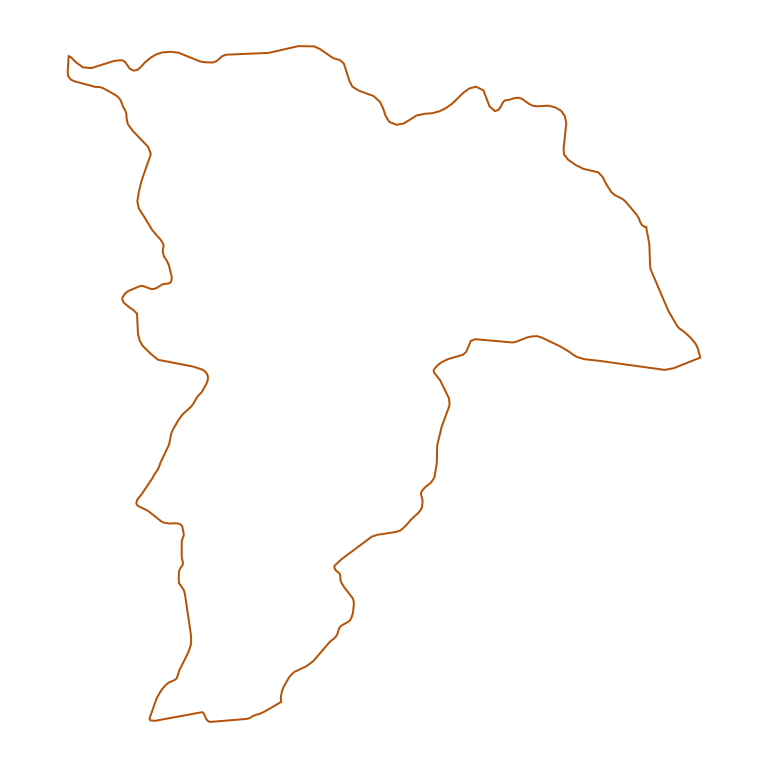 an SVG outline of Balkh
{"feature_id": "AFG-1744", "entity_name": "Balkh", "entity_type": "Province", "adm_level": 1, "iso_a3": "AFG", "parent_name": "Afghanistan", "parent_adm1": "", "projection": "robinson", "projection_center": [66.961, 36.526], "detail": "fine", "context": "isolated", "style": "outline", "palette": "amber", "viewbox_px": 768, "rotation_deg": 0, "n_neighbors": 0, "source": "natural_earth", "source_scale": "10m", "svg_char_len": 4447}
<svg xmlns="http://www.w3.org/2000/svg" viewBox="0 0 768 768"><path d="M566.3,123.3L563.6,148.5L564.0,154.4L568.0,159.6L575.4,164.9L583.5,168.9L598.2,172.3L602.8,177.2L606.2,184.1L611.4,192.2L615.0,195.2L622.7,199.1L625.6,201.6L636.8,215.0L638.8,218.3L640.1,221.7L641.7,224.8L644.7,226.9L646.2,226.9L646.2,227.5L649.3,243.8L650.1,266.3L650.7,269.6L668.5,311.2L677.3,326.2L679.3,328.4L684.6,332.2L691.1,338.2L695.7,344.0L697.8,348.3L700.3,357.6L674.0,368.1L664.7,369.9L599.7,360.9L583.9,359.1L576.4,356.7L572.1,354.0L570.2,352.4L560.0,346.3L541.4,337.4L536.8,336.1L531.5,336.5L526.6,337.6L517.2,341.4L512.7,342.5L475.5,339.2L470.8,340.8L466.3,351.7L462.9,354.8L448.0,359.1L441.4,362.3L438.2,364.8L435.3,367.7L434.3,369.2L433.7,370.2L433.7,371.2L433.9,372.1L434.5,373.1L440.2,380.4L448.9,398.2L449.3,401.2L449.5,405.5L441.8,426.3L437.2,445.2L436.8,462.9L434.5,477.2L433.0,479.7L430.7,482.9L425.5,486.9L422.6,490.0L421.3,492.3L420.9,494.2L421.2,495.5L421.8,497.3L422.5,500.0L422.5,502.6L421.8,507.8L420.2,510.7L418.0,513.2L411.2,519.4L405.7,525.8L402.5,528.8L399.9,530.7L395.2,532.1L377.9,534.7L371.8,536.6L341.0,559.6L334.4,565.9L334.4,566.6L334.4,567.4L334.8,568.7L335.5,569.9L336.7,571.2L338.7,572.8L339.5,573.5L340.0,574.6L340.3,576.1L340.5,580.3L340.7,581.1L341.9,583.6L344.0,587.0L353.0,598.6L353.7,601.5L353.8,605.1L353.0,612.7L351.6,617.2L349.9,620.5L347.8,622.1L342.5,624.9L339.9,627.0L338.6,629.7L337.5,633.8L336.0,636.4L334.3,638.3L330.2,641.4L325.8,646.5L313.3,661.1L306.4,666.2L294.2,672.0L291.2,674.8L288.8,677.7L283.4,687.4L282.0,691.0L281.3,694.4L280.8,697.6L281.2,701.9L264.9,711.4L259.7,713.8L255.0,715.1L252.2,716.5L249.6,718.1L246.7,718.9L210.8,721.9L208.9,721.6L207.1,720.2L206.1,718.7L204.5,715.0L204.0,714.0L203.4,713.2L202.9,712.6L202.5,712.3L202.0,712.2L155.2,720.8L150.3,720.4L149.5,718.5L156.7,698.2L160.2,692.0L162.0,689.3L165.1,685.7L167.9,683.2L169.4,682.2L174.1,680.3L175.3,679.5L176.2,678.7L176.8,678.0L177.1,677.2L179.5,670.0L188.4,652.1L190.8,645.1L191.2,640.0L190.7,633.2L184.9,594.0L183.8,590.0L178.9,583.0L178.7,577.7L178.9,572.9L179.2,571.2L179.6,569.5L180.1,568.5L182.3,565.5L182.7,564.6L182.9,563.5L182.9,562.3L182.0,558.8L181.7,556.5L181.7,541.4L182.3,539.3L183.5,536.1L183.7,534.4L183.5,532.4L182.3,526.7L181.4,525.2L179.8,524.0L176.5,523.3L168.6,523.5L163.4,522.5L161.3,521.4L147.8,510.7L137.8,505.8L136.6,504.1L136.3,502.8L137.0,500.7L137.6,499.2L141.8,494.0L152.6,477.9L154.4,474.5L158.0,469.1L158.8,467.4L160.6,462.4L168.4,446.0L169.4,443.0L171.0,434.6L171.7,432.4L172.4,430.6L178.2,420.4L181.8,415.4L183.4,413.6L191.1,406.7L193.3,403.7L197.1,397.1L198.4,395.5L201.3,392.6L202.5,390.9L206.6,383.3L207.3,381.6L207.9,379.1L207.9,377.8L207.8,376.2L207.0,374.0L205.8,372.3L204.4,371.0L202.8,369.8L193.3,366.6L158.1,359.8L150.4,353.5L142.6,345.8L139.7,340.5L138.0,334.4L137.0,313.6L132.8,309.6L129.8,307.7L124.0,302.9L122.4,300.2L122.4,297.5L125.2,293.4L128.3,291.0L139.5,286.3L140.8,286.0L142.4,286.0L143.9,286.3L150.7,288.9L152.4,289.1L154.5,288.8L156.6,288.0L162.1,284.5L163.6,284.1L168.8,283.4L170.4,282.7L171.4,280.6L171.8,277.1L168.9,265.3L167.2,261.4L164.0,256.6L162.9,252.4L162.7,249.6L163.2,248.0L163.5,246.6L163.5,244.9L162.4,242.5L160.4,239.5L152.5,230.5L143.7,216.1L138.8,208.3L137.3,201.4L138.8,192.0L141.5,180.9L148.3,161.3L149.0,159.7L149.3,158.9L150.3,155.7L150.7,153.4L147.9,146.6L132.7,130.8L128.3,124.8L127.6,123.5L126.5,117.6L126.4,114.5L126.1,112.9L125.5,111.1L124.7,109.4L123.2,107.1L121.9,103.4L120.1,99.4L117.7,96.8L114.6,94.5L103.1,88.2L100.2,87.1L95.3,86.9L75.1,81.5L71.6,80.0L70.8,79.4L70.0,78.6L68.9,77.2L68.1,75.9L67.8,73.4L67.7,71.3L68.5,58.8L68.7,56.1L70.9,57.2L76.3,62.6L82.8,67.3L91.3,68.1L113.8,61.0L121.5,60.1L124.8,61.6L129.7,68.6L133.7,70.6L137.1,70.0L139.9,67.9L144.9,62.5L150.6,57.7L156.1,54.4L162.4,52.4L170.7,51.8L178.5,52.7L200.0,61.4L204.0,62.2L212.8,62.5L216.3,61.3L222.7,55.9L226.1,54.7L268.6,52.9L298.5,46.1L314.2,46.4L320.1,49.1L333.1,58.1L339.9,60.1L343.9,63.6L349.3,80.7L352.4,86.7L359.0,90.7L373.4,96.0L380.0,101.8L383.2,108.6L385.6,115.9L389.3,121.9L396.6,124.8L403.9,123.4L416.3,115.6L424.6,113.8L432.5,113.2L439.6,111.2L446.1,108.0L452.6,103.3L463.2,92.9L469.2,88.5L476.0,86.7L483.4,90.3L489.6,106.5L495.0,111.1L498.5,109.8L501.0,106.1L503.0,102.2L505.0,100.4L508.4,100.0L514.6,98.1L518.3,97.7L522.0,98.8L529.1,104.0L532.7,105.7L536.8,106.3L548.5,105.7L555.2,107.4L561.0,110.7L564.8,116.0L566.3,123.3Z" fill="none" stroke="#b45309" stroke-width="2"/></svg>